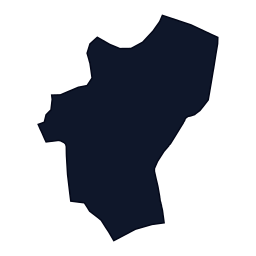 Bani Dabyan, Sana'a, Yemen
{"feature_id": "15242507B92196142658872", "entity_name": "Bani Dabyan", "entity_type": "district", "adm_level": 2, "iso_a3": "YEM", "parent_name": "Yemen", "parent_adm1": "Sana'a", "projection": "albers", "projection_center": [44.869, 15.05], "detail": "fine", "context": "isolated", "style": "filled", "palette": "ink", "viewbox_px": 256, "rotation_deg": 0, "n_neighbors": 0, "source": "geoboundaries", "source_scale": "gbopen_adm2", "svg_char_len": 1783}
<svg xmlns="http://www.w3.org/2000/svg" viewBox="0 0 256 256"><path d="M164.1,222.8L163.3,216.7L163.0,214.8L162.9,213.7L162.4,210.1L162.2,209.4L162.0,208.3L161.7,207.3L161.5,206.3L161.4,205.4L161.1,204.4L160.9,203.5L160.7,202.5L160.4,201.6L160.1,200.5L160.0,199.5L159.9,198.6L159.7,197.5L159.6,196.4L157.9,186.6L157.2,183.5L156.3,179.8L156.2,179.4L154.4,171.3L154.4,168.5L157.5,161.4L163.9,151.4L168.8,145.7L168.9,145.1L169.6,144.5L170.3,143.9L174.4,137.3L180.9,126.7L183.2,123.0L183.5,122.2L184.0,121.4L184.5,120.7L184.8,119.8L185.1,118.9L185.6,118.1L186.4,117.6L187.1,117.0L187.8,116.5L188.8,116.2L189.7,116.1L190.6,115.9L191.5,115.6L192.4,115.3L193.3,115.0L194.3,114.7L194.8,114.5L195.2,114.0L199.9,110.5L204.2,105.1L208.2,99.9L209.5,92.4L211.2,82.5L213.3,69.9L213.5,69.0L215.9,53.9L217.6,43.8L217.8,37.4L211.0,34.3L191.0,24.9L166.7,16.8L162.4,15.4L160.0,21.0L159.2,22.4L158.4,23.5L156.7,25.9L155.4,27.7L153.2,30.9L145.4,39.3L142.7,42.2L133.5,47.2L131.0,48.5L119.7,48.6L117.7,47.7L109.7,44.4L107.1,42.9L97.3,37.3L95.5,38.9L90.9,43.1L90.0,43.9L88.2,49.7L87.1,53.2L88.8,59.0L89.1,60.1L89.1,60.3L90.0,63.3L90.8,68.7L91.6,74.5L92.1,78.0L91.3,79.2L87.1,85.6L78.3,87.3L70.8,90.5L69.3,91.1L60.4,94.9L51.7,95.1L52.2,99.4L51.0,109.9L49.1,111.7L46.1,114.8L44.3,122.2L40.5,123.6L38.2,124.4L39.4,127.1L40.2,129.0L41.1,130.8L42.2,133.2L42.8,134.6L44.6,138.7L46.1,141.9L50.0,141.4L52.7,141.1L58.3,140.4L60.4,140.7L61.6,141.3L64.3,142.7L65.7,144.2L66.3,146.6L66.4,152.2L66.4,153.1L66.5,156.1L67.4,171.4L67.6,174.6L69.7,192.3L70.8,201.1L84.4,202.8L88.2,208.7L88.2,208.8L89.7,211.2L98.2,217.7L101.2,220.2L104.7,225.7L105.7,227.3L106.9,229.1L108.7,231.8L111.2,236.1L111.9,237.3L113.8,240.6L135.4,229.2L152.1,224.4L153.8,224.2L164.1,222.8Z" fill="#0f172a" stroke="#020617" stroke-width="1.5"/></svg>